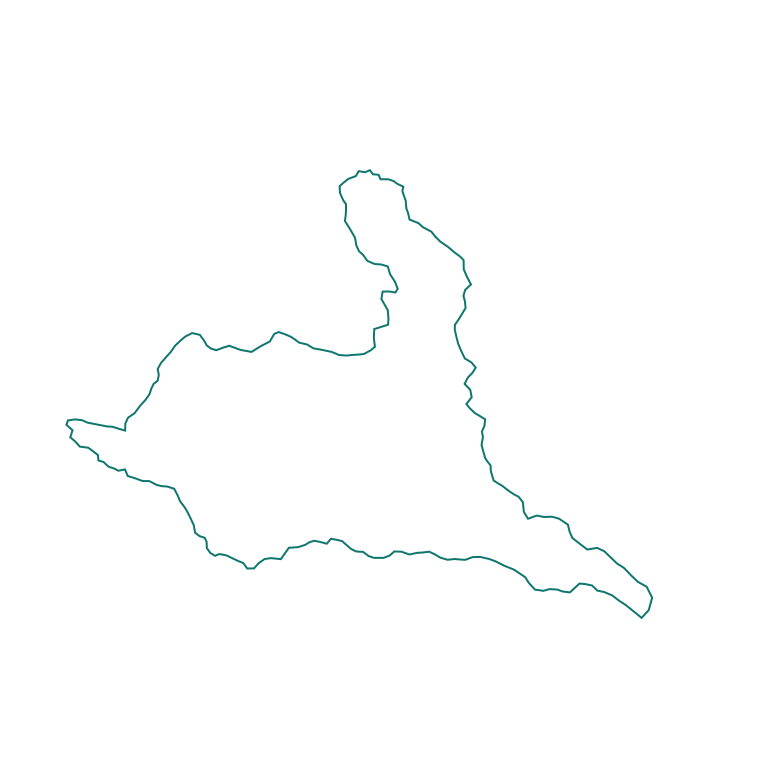 the district of Firminópolis, Goiás, Brazil, rotated 101°
{"feature_id": "56859067B11608443354751", "entity_name": "Firminópolis", "entity_type": "district", "adm_level": 2, "iso_a3": "BRA", "parent_name": "Brazil", "parent_adm1": "Goiás", "projection": "natural_earth1", "projection_center": [-50.323, -16.626], "detail": "fine", "context": "isolated", "style": "outline", "palette": "teal", "viewbox_px": 768, "rotation_deg": 101, "n_neighbors": 0, "source": "geoboundaries", "source_scale": "gbopen_adm2", "svg_char_len": 3437}
<svg xmlns="http://www.w3.org/2000/svg" viewBox="0 0 768 768"><g transform="rotate(101 384 384)"><path d="M370.3,512.1L377.8,520.2L377.9,531.3L376.0,543.2L379.0,548.8L382.8,555.0L382.3,560.4L380.0,565.3L375.6,569.0L370.9,574.2L370.6,582.0L375.2,588.0L379.5,591.5L386.3,596.4L392.8,599.2L398.8,602.8L405.9,606.9L412.5,609.0L418.1,606.8L424.0,606.8L427.7,610.1L432.8,611.5L438.8,612.3L444.9,615.0L451.5,619.0L460.3,623.3L465.8,628.8L472.2,630.4L479.1,629.2L478.5,636.3L477.8,642.2L478.5,648.2L478.5,656.9L478.5,667.4L477.1,673.9L477.8,680.9L480.1,687.3L484.6,688.0L488.8,680.9L496.2,681.8L499.1,676.5L503.5,670.6L503.0,662.2L505.5,656.8L508.4,651.2L513.5,649.8L514.1,644.4L517.7,638.7L518.4,633.1L519.8,628.2L517.3,622.0L523.2,618.0L524.1,609.9L525.3,602.5L524.1,595.8L526.4,588.0L526.7,582.8L526.0,577.1L526.9,569.9L533.1,565.0L538.0,561.8L543.4,555.8L547.4,552.3L553.3,547.8L559.1,543.7L566.0,541.1L568.5,536.1L569.2,530.7L572.8,528.0L578.9,526.6L583.0,522.3L584.9,517.0L582.3,513.2L582.3,505.9L584.1,499.1L585.5,493.7L586.6,488.0L591.2,483.0L589.8,476.4L583.9,472.9L578.6,467.8L576.5,461.8L575.6,451.8L570.1,449.4L562.9,446.1L560.6,437.3L557.0,430.8L553.4,426.8L551.2,422.5L551.2,417.0L551.7,409.7L546.0,406.5L546.0,400.2L546.2,395.2L552.2,384.9L553.7,379.4L552.8,372.5L555.8,366.3L556.6,360.6L554.7,351.1L551.3,345.7L546.4,341.9L545.3,334.9L546.5,326.6L543.3,318.9L542.1,314.1L540.0,307.6L541.6,301.4L543.7,295.5L544.4,288.0L542.3,281.2L541.8,276.1L541.1,270.7L537.0,263.9L535.4,256.6L535.7,247.3L536.8,240.7L539.6,230.6L541.4,221.1L546.7,208.5L551.5,204.0L557.0,196.6L556.6,188.0L553.8,182.5L552.7,174.7L553.6,169.2L553.1,161.8L542.6,154.0L542.0,148.3L542.1,141.3L546.1,135.1L546.2,128.0L548.0,119.6L552.0,111.6L554.8,104.6L564.4,86.5L555.5,81.0L542.6,80.0L532.9,87.5L529.7,97.2L524.4,105.4L518.7,113.5L515.6,121.3L510.8,128.6L506.1,135.9L504.2,143.5L507.7,152.9L503.0,162.3L499.2,169.7L493.4,173.7L487.0,176.6L482.8,186.6L482.2,193.7L484.0,201.6L484.0,209.0L488.8,216.9L482.9,222.3L473.4,225.2L469.0,230.4L467.4,235.8L464.7,242.0L461.3,248.7L459.7,253.3L457.8,258.0L449.1,262.5L443.5,263.9L440.6,267.4L437.3,270.6L430.4,274.1L425.2,276.6L417.1,276.8L412.1,278.8L405.7,277.4L399.3,278.0L395.1,289.5L391.4,295.2L388.0,299.3L380.2,295.4L373.3,298.2L368.5,304.9L361.5,302.8L356.1,299.3L350.4,297.1L346.2,302.2L343.5,309.5L336.6,314.7L330.6,318.7L324.4,321.7L317.2,324.9L312.4,325.7L306.2,323.0L293.9,318.4L287.4,320.3L282.3,322.8L276.2,322.3L269.6,317.6L263.0,323.0L256.2,327.6L247.2,329.5L244.1,334.1L241.3,340.1L237.2,347.3L233.5,355.9L229.7,361.6L225.4,366.6L222.7,375.6L219.5,380.9L217.7,390.3L211.6,393.0L207.3,395.6L200.0,397.6L195.1,400.6L190.9,402.8L186.6,402.7L185.0,409.0L183.0,413.3L182.2,418.9L183.7,426.5L179.7,429.2L180.2,434.9L176.8,438.6L179.7,443.0L179.9,449.4L185.2,451.3L189.6,458.3L194.4,462.4L198.4,465.3L204.8,463.7L211.4,459.1L214.8,455.6L220.4,454.5L225.5,453.8L231.4,453.5L238.3,447.0L245.9,440.4L253.4,437.5L258.5,433.8L261.2,429.2L266.3,423.8L268.0,416.1L267.2,409.5L267.9,402.7L275.2,398.9L281.5,392.8L287.9,388.7L292.0,390.3L292.2,396.8L293.6,403.0L301.0,402.8L310.8,394.4L318.9,392.1L325.0,391.3L331.9,404.0L340.7,402.8L349.2,400.0L353.5,403.5L358.4,409.5L359.9,414.3L361.5,420.5L363.2,426.1L364.1,433.5L362.5,441.4L362.3,451.9L362.5,460.0L359.9,467.0L359.6,475.3L357.3,479.9L355.4,484.5L354.2,489.9L353.1,497.3L355.8,501.3L364.1,504.2L370.3,512.1Z" fill="none" stroke="#0f766e" stroke-width="2"/></g></svg>